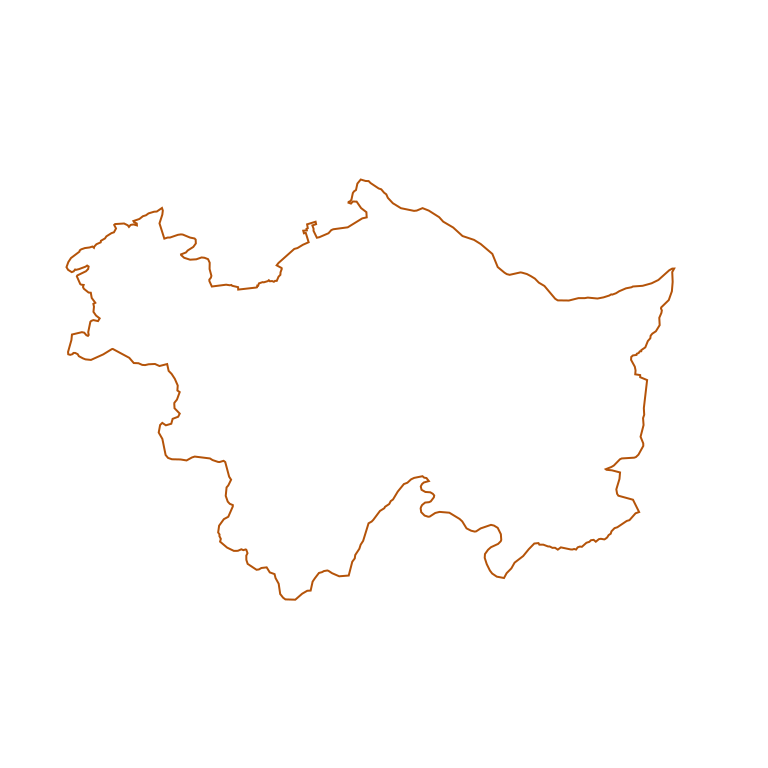 outline of Dumbraveni, Sibiu, Romania, rotated 260°
{"feature_id": "2599482B85989180229016", "entity_name": "Dumbraveni", "entity_type": "district", "adm_level": 2, "iso_a3": "ROU", "parent_name": "Romania", "parent_adm1": "Sibiu", "projection": "mercator", "projection_center": [24.552, 46.22], "detail": "fine", "context": "isolated", "style": "outline", "palette": "amber", "viewbox_px": 768, "rotation_deg": 260, "n_neighbors": 0, "source": "geoboundaries", "source_scale": "gbopen_adm2", "svg_char_len": 6143}
<svg xmlns="http://www.w3.org/2000/svg" viewBox="0 0 768 768"><g transform="rotate(260 384 384)"><path d="M213.6,613.0L226.8,609.1L233.3,595.4L235.4,594.5L239.9,594.5L249.6,599.4L255.9,601.1L259.4,593.5L260.9,588.2L261.6,587.6L262.8,593.5L263.8,596.2L268.9,603.3L269.4,605.2L268.0,617.6L268.3,619.4L270.2,622.3L278.0,628.6L280.5,629.0L287.5,627.5L298.5,632.5L305.4,633.2L308.5,634.9L315.1,635.7L342.2,643.8L346.2,637.5L348.3,637.8L349.9,633.1L353.7,634.1L357.5,634.0L364.9,631.5L367.7,632.2L368.9,634.1L368.8,637.7L369.9,638.2L370.3,640.2L371.7,641.5L371.6,643.0L372.7,643.3L374.7,647.7L380.5,651.3L382.8,654.2L385.3,655.0L387.0,657.0L388.7,660.9L394.1,665.7L401.4,666.6L405.8,669.5L408.2,670.4L410.2,669.9L411.3,670.3L417.2,679.0L425.3,683.6L434.4,686.0L444.2,687.3L447.3,689.8L447.6,687.9L446.5,684.7L438.8,672.3L436.7,665.0L435.8,655.7L436.8,646.0L436.3,644.6L436.2,638.9L434.5,631.7L433.1,628.3L432.4,624.4L432.8,623.3L432.0,621.2L431.2,615.2L431.1,609.1L433.7,599.7L433.7,596.7L434.8,590.4L434.1,580.6L436.2,569.6L438.2,567.4L452.7,559.0L456.9,554.1L461.6,550.9L464.7,547.4L467.5,543.8L469.8,539.0L470.2,537.7L469.7,526.7L470.9,524.0L472.7,522.0L479.4,516.3L493.3,513.3L505.0,503.6L510.3,497.7L516.1,487.0L526.1,479.3L533.6,470.5L538.7,467.3L547.0,458.2L550.5,452.5L549.1,446.3L549.3,443.6L554.2,431.2L560.5,424.1L566.7,420.1L570.4,419.2L572.4,417.3L576.2,415.1L577.5,412.7L584.2,405.7L586.5,404.1L587.1,401.2L589.4,396.6L586.0,392.6L579.9,390.1L578.9,387.9L577.5,386.5L571.1,383.9L569.7,382.1L569.5,380.8L568.7,380.5L567.4,382.8L569.1,385.0L568.4,388.7L561.2,392.0L556.3,396.5L551.1,395.9L550.9,391.4L544.6,375.5L545.2,360.9L544.7,358.8L542.1,355.5L539.8,345.8L539.7,343.3L547.1,341.2L549.1,341.6L552.6,341.0L553.2,344.9L555.7,344.8L554.6,336.0L550.7,336.0L550.2,334.6L548.7,334.7L549.0,331.1L546.3,331.3L546.4,333.2L536.7,334.4L535.2,328.3L532.9,322.4L532.6,319.1L521.5,301.1L519.5,298.9L516.0,303.3L515.1,303.3L512.0,301.5L509.5,300.9L508.0,298.8L504.2,296.3L504.5,294.7L503.8,293.3L504.8,291.7L505.0,289.4L506.2,288.6L505.5,287.5L505.0,283.3L505.4,282.1L504.8,278.3L502.6,277.1L502.9,276.3L501.3,275.7L501.2,274.7L502.3,256.8L504.7,257.1L507.1,251.5L508.0,250.9L508.0,249.3L509.2,245.8L509.9,231.4L515.7,229.9L517.1,230.1L518.8,232.0L520.5,232.8L527.5,232.2L533.7,233.4L537.5,232.4L539.5,229.1L540.3,226.3L539.4,220.8L540.1,214.6L543.0,209.1L546.2,206.6L546.9,206.6L547.9,211.8L549.6,213.9L552.1,220.0L555.1,223.1L558.9,223.6L560.2,222.7L561.9,218.4L566.1,211.8L566.6,210.0L566.7,207.0L565.4,198.7L565.8,196.4L565.3,192.9L581.2,190.8L589.3,195.1L593.2,196.3L595.9,195.9L593.3,190.2L593.6,187.5L592.9,181.7L591.5,178.9L591.1,175.7L589.0,171.8L588.0,165.5L586.9,165.9L585.0,168.4L583.1,168.2L584.6,165.1L584.7,163.0L584.6,162.0L583.0,160.1L584.8,159.2L587.2,155.9L588.2,147.0L587.5,145.9L583.7,147.1L580.3,144.4L579.9,141.8L577.6,136.2L575.8,134.5L574.2,130.1L572.7,129.6L571.6,125.1L569.7,122.6L568.5,122.0L570.0,120.7L569.6,117.8L569.8,113.0L569.2,109.2L568.4,107.6L567.2,107.0L562.4,97.6L558.9,94.3L554.2,91.6L551.3,92.7L548.4,95.9L548.8,97.9L550.4,99.7L549.9,100.4L550.1,103.5L551.4,110.5L552.2,112.2L551.0,113.5L548.6,112.6L546.8,110.1L544.2,100.9L543.4,100.2L535.2,102.2L534.4,103.1L533.7,105.4L531.8,104.4L530.0,104.9L525.4,108.9L524.8,111.1L519.5,111.1L514.1,113.8L513.4,111.7L510.5,111.8L505.5,110.4L501.4,112.3L498.0,115.4L495.6,113.3L497.4,108.9L497.0,106.7L496.2,105.6L486.4,101.7L483.6,101.7L482.8,100.8L483.7,99.4L486.6,97.7L487.5,95.5L486.9,85.3L481.6,83.8L470.4,78.4L468.1,78.2L467.2,80.0L467.5,82.5L468.5,83.5L468.2,85.3L466.6,87.5L464.4,88.3L461.5,92.0L460.1,94.3L458.6,99.6L461.9,112.6L465.6,122.0L465.6,123.0L454.0,137.7L448.1,141.2L447.1,145.8L444.8,149.2L444.1,152.0L444.3,155.6L443.5,161.9L440.7,166.0L441.3,173.9L434.3,174.2L430.8,176.6L425.4,178.9L418.3,180.6L413.5,179.4L411.5,181.4L404.6,177.4L401.9,174.3L400.8,174.0L396.5,173.5L390.3,177.7L387.5,175.6L386.4,169.8L381.8,167.6L381.2,162.0L384.2,158.9L382.5,156.4L375.3,153.7L368.4,156.2L352.0,156.6L348.7,158.5L346.7,162.1L345.0,170.6L343.0,176.3L345.0,182.1L345.4,185.0L340.9,199.7L338.9,201.9L336.1,207.0L335.7,208.5L336.2,212.7L334.7,214.1L319.6,215.4L316.3,216.8L311.1,213.0L309.5,211.0L301.3,208.7L295.3,209.7L292.8,211.3L291.0,214.1L289.6,213.8L280.3,207.6L278.7,202.8L273.1,197.0L266.6,194.9L264.4,195.9L262.8,195.5L259.8,196.4L257.2,195.2L250.1,201.1L245.7,207.2L245.1,211.1L246.0,214.8L244.8,216.6L245.1,219.0L244.7,219.6L241.1,220.2L238.9,218.6L234.7,217.9L230.5,218.5L223.2,226.2L223.1,228.6L224.1,231.3L223.8,236.6L218.3,238.8L215.8,243.2L211.7,243.5L205.6,245.6L195.2,245.3L191.1,247.5L189.0,249.5L187.0,259.2L191.7,267.0L193.7,272.5L193.3,275.9L201.8,279.4L204.6,282.1L209.2,287.1L209.5,290.4L210.2,292.3L210.2,295.8L209.6,296.9L206.7,300.0L202.4,306.5L201.5,316.0L214.5,321.9L217.3,324.9L220.6,326.0L226.0,331.1L229.8,333.1L233.1,336.2L249.5,344.6L250.7,348.0L252.1,349.9L259.7,358.0L261.6,362.7L262.9,363.7L264.9,368.3L267.5,370.3L268.7,372.8L275.7,378.9L282.0,386.2L282.7,389.9L285.4,394.1L286.3,397.4L286.5,405.9L284.8,407.3L284.0,409.5L280.6,411.3L280.1,406.1L278.8,404.0L276.7,402.4L273.3,402.6L270.5,406.0L269.3,410.8L267.4,413.0L265.5,414.1L263.7,413.4L260.3,409.7L259.8,407.8L260.1,403.9L258.2,400.5L256.7,399.3L255.2,398.5L251.3,398.4L247.4,401.1L245.6,404.5L245.5,406.0L248.1,412.1L248.4,416.5L245.9,426.0L238.0,435.0L235.1,437.2L227.5,440.2L224.4,444.3L222.9,447.7L222.9,449.2L225.0,454.1L226.7,464.9L225.5,467.7L222.6,471.0L215.8,473.0L210.1,472.4L208.8,471.6L206.7,468.6L204.7,461.0L202.7,457.7L199.0,453.9L195.3,453.0L188.8,453.9L181.9,455.9L178.6,457.6L174.7,461.6L172.1,468.5L176.4,471.9L180.3,477.4L185.4,481.6L190.4,491.2L196.2,497.9L200.8,504.3L200.5,508.5L198.8,509.1L198.1,513.0L195.5,517.4L195.2,519.0L193.4,521.4L193.0,524.0L190.7,526.4L192.4,529.8L188.7,539.0L188.3,540.8L188.5,542.6L187.6,544.4L189.5,546.4L189.9,548.7L189.3,550.6L192.5,555.8L192.9,558.8L194.2,560.7L194.1,563.4L191.9,565.2L193.9,568.7L193.9,570.7L192.7,574.0L193.0,575.0L194.1,577.1L196.2,579.0L197.2,581.3L199.4,582.4L202.0,586.0L202.4,588.9L207.0,599.3L207.3,602.1L213.0,609.3L213.6,613.0Z" fill="none" stroke="#b45309" stroke-width="2"/></g></svg>